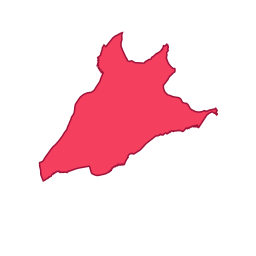 Nong Ki, Buri Ram, Thailand, rotated 34°
{"feature_id": "78962969B963450613013", "entity_name": "Nong Ki", "entity_type": "district", "adm_level": 2, "iso_a3": "THA", "parent_name": "Thailand", "parent_adm1": "Buri Ram", "projection": "equal_earth", "projection_center": [102.596, 14.712], "detail": "fine", "context": "isolated", "style": "filled", "palette": "rose", "viewbox_px": 256, "rotation_deg": 34, "n_neighbors": 0, "source": "geoboundaries", "source_scale": "gbopen_adm2", "svg_char_len": 5660}
<svg xmlns="http://www.w3.org/2000/svg" viewBox="0 0 256 256"><g transform="rotate(34 128 128)"><path d="M70.1,52.1L68.7,53.9L67.8,55.8L66.1,58.8L65.1,61.6L64.2,72.9L63.9,72.8L62.7,72.8L61.7,72.6L61.9,75.9L62.7,77.2L63.8,81.3L64.1,82.2L64.6,82.7L64.1,84.8L63.6,86.0L63.6,86.7L64.2,86.6L64.4,87.2L64.8,87.1L65.0,87.2L65.0,87.8L65.4,88.1L65.3,88.7L65.8,88.6L65.7,89.0L65.9,89.2L66.1,89.6L66.5,89.8L66.4,90.3L66.5,90.5L67.0,90.6L67.0,91.8L67.3,91.7L67.5,92.8L67.7,92.4L67.8,92.3L68.0,92.6L68.4,92.7L68.2,93.1L68.8,93.6L69.3,94.4L70.0,94.8L70.5,94.4L70.9,94.3L71.0,94.4L70.9,95.1L71.1,95.2L71.6,95.4L71.9,95.7L72.6,95.3L72.6,95.8L73.0,95.8L73.3,96.2L74.4,96.0L74.6,96.1L74.8,96.8L74.9,96.7L74.8,96.3L75.2,96.2L75.3,95.7L76.1,95.9L76.3,96.6L76.6,96.4L76.7,96.5L76.6,96.9L77.1,98.9L77.5,101.0L78.6,105.2L78.7,107.9L78.7,111.6L78.9,114.9L78.6,116.6L77.7,118.8L74.6,121.7L73.1,124.0L72.4,125.1L71.7,127.2L71.2,129.1L71.1,130.3L71.1,136.2L71.2,137.7L71.9,139.6L74.1,143.8L74.9,145.8L75.1,147.1L75.2,150.8L76.0,153.2L76.4,156.0L76.8,157.4L77.2,160.3L77.8,162.5L78.1,163.2L77.9,167.6L78.1,171.5L77.8,177.8L77.2,182.2L76.4,185.4L76.1,188.4L75.9,195.5L75.8,197.4L75.8,199.7L76.1,202.7L75.2,204.7L74.1,206.0L74.5,206.9L76.2,209.1L79.0,211.6L81.7,215.3L84.6,217.4L87.3,219.2L87.4,218.9L87.8,218.6L87.9,218.0L88.1,217.9L88.5,216.9L88.6,216.0L89.2,215.5L89.2,215.1L89.6,214.6L89.7,214.2L89.9,214.0L89.8,213.6L90.1,212.8L90.0,212.6L90.3,212.4L90.2,212.1L91.2,211.2L91.1,210.8L91.2,210.4L91.0,209.5L91.1,209.2L91.0,208.6L91.3,207.7L91.6,207.8L91.5,207.3L91.8,206.8L92.4,206.7L92.8,204.7L93.2,204.6L93.3,204.0L94.5,202.7L94.8,202.8L95.1,202.5L95.7,202.9L96.1,202.6L96.3,202.8L96.9,202.4L97.2,202.4L97.5,201.8L98.4,201.6L99.0,200.8L99.2,200.7L99.4,200.8L100.7,199.5L101.0,199.5L102.4,198.9L102.7,198.1L102.7,197.0L103.5,196.6L106.8,192.0L109.2,189.1L111.5,186.8L113.1,185.3L116.8,181.7L117.4,181.4L118.3,181.9L121.8,184.9L123.0,185.7L124.1,185.9L126.2,185.6L128.4,184.9L129.6,184.2L133.3,180.4L135.2,178.2L136.2,176.1L136.9,175.5L136.9,175.1L136.8,174.9L136.9,174.7L136.7,174.3L136.8,174.1L137.1,174.2L137.3,173.8L137.1,173.4L137.5,173.3L137.6,173.0L137.5,172.8L137.7,172.6L137.3,172.3L137.4,171.8L137.6,171.7L137.6,171.3L137.5,171.0L137.5,170.2L137.3,170.1L137.6,169.7L137.9,168.1L138.2,168.1L138.5,167.3L138.8,167.0L138.7,166.7L139.2,166.8L139.2,166.0L139.5,165.9L139.7,165.3L140.3,165.3L140.4,165.1L140.5,164.5L140.3,164.0L140.8,164.2L141.1,163.9L141.1,163.3L141.5,163.5L142.0,163.1L142.1,162.9L142.8,162.8L142.9,162.5L142.6,162.2L143.0,161.7L142.9,161.4L143.4,161.2L144.2,161.6L144.5,161.3L144.6,160.6L145.0,160.7L145.3,160.0L145.3,159.8L145.1,159.5L144.7,157.5L144.4,154.8L144.4,153.1L144.5,152.4L144.0,152.3L143.6,149.9L144.3,148.0L144.5,147.6L145.6,147.2L145.6,146.6L147.3,146.4L150.2,139.8L150.8,137.1L151.7,130.8L155.4,119.3L155.6,119.2L155.7,118.9L157.6,117.3L157.7,116.9L158.2,116.1L158.1,115.2L158.5,115.0L158.7,115.3L159.1,115.2L159.3,114.9L159.7,114.9L160.4,114.4L160.9,114.3L161.0,113.7L161.1,113.2L161.4,112.8L161.5,112.0L162.3,110.8L162.9,110.8L163.3,111.1L163.8,110.8L163.7,110.5L164.0,110.4L164.3,109.7L164.3,109.3L164.7,108.8L164.8,108.4L164.6,108.0L165.1,108.0L165.0,107.6L165.3,107.5L165.3,106.9L165.7,106.3L165.7,106.0L166.6,105.6L167.2,105.7L167.5,105.6L167.7,105.4L167.6,105.0L168.0,104.8L168.2,104.4L168.6,104.3L168.9,103.8L170.3,102.9L170.4,102.4L171.2,101.8L171.8,101.8L172.1,101.2L172.5,101.1L172.5,100.9L173.8,100.6L174.3,100.4L174.9,100.5L175.0,100.1L175.5,99.9L175.7,99.6L175.7,99.1L175.9,98.8L175.8,98.2L176.1,97.4L176.1,96.7L176.0,96.2L176.4,96.1L176.3,95.8L176.9,95.2L177.3,95.1L177.4,94.7L177.6,94.7L177.7,94.9L177.8,95.0L178.0,94.6L178.0,94.2L178.3,93.9L178.6,94.0L178.5,93.5L178.9,93.2L179.1,92.5L179.3,92.5L179.4,92.1L179.7,92.0L179.7,91.7L180.0,91.5L180.1,91.1L180.1,90.6L180.6,89.9L181.4,90.1L181.4,90.5L181.5,90.5L181.8,89.9L182.2,89.8L182.1,88.8L182.4,88.7L182.5,88.5L183.0,88.0L183.2,88.4L183.3,87.8L183.5,88.0L183.6,87.8L183.9,87.6L184.1,87.9L184.2,87.3L184.5,87.7L184.7,87.3L184.8,87.3L185.1,87.6L185.1,87.9L185.4,88.0L185.4,88.3L185.7,88.3L185.8,88.1L186.2,88.2L186.3,88.0L186.1,73.6L186.5,71.8L187.1,70.3L188.1,68.4L189.0,67.6L189.5,67.4L191.2,67.5L192.2,67.1L194.2,67.6L194.3,66.5L192.2,65.8L192.2,64.5L191.9,64.4L192.1,63.7L189.7,62.6L189.3,63.7L185.6,67.5L183.4,70.7L182.6,70.6L181.7,70.8L180.2,73.1L177.7,75.3L175.6,76.3L174.2,76.8L170.0,77.3L168.5,77.0L164.7,75.1L163.2,74.9L162.7,74.9L161.0,75.8L159.0,76.3L157.4,75.6L155.9,74.6L154.1,74.3L152.6,74.7L148.8,76.5L147.0,77.1L143.8,77.8L142.8,78.3L140.0,77.9L137.7,77.2L135.0,75.0L133.4,72.7L133.8,69.1L133.8,67.5L134.0,65.4L133.8,65.2L133.6,62.4L134.6,57.6L134.8,56.6L135.4,55.2L134.4,53.4L133.8,52.7L133.4,52.6L132.3,53.4L129.6,53.2L127.8,52.7L125.6,51.9L124.0,51.0L121.4,49.1L120.8,48.6L120.2,47.6L119.9,46.9L119.7,46.2L119.4,45.6L118.4,44.7L118.0,44.1L117.9,43.0L118.0,41.9L118.0,41.3L117.7,40.9L116.7,40.4L116.5,38.9L116.2,38.5L115.8,38.0L115.3,38.0L115.2,37.6L114.6,37.0L114.0,37.1L113.3,36.8L113.1,38.4L112.9,38.4L112.7,39.5L111.4,39.9L111.9,41.3L112.5,43.8L112.0,44.0L112.1,46.0L111.6,47.0L111.3,48.1L110.7,49.8L110.3,49.7L109.7,51.4L109.1,54.0L108.6,55.3L108.3,55.6L108.3,56.4L108.2,56.9L108.5,57.4L108.4,58.1L108.1,58.7L107.6,59.1L107.2,59.2L106.9,59.7L106.9,60.0L106.5,60.6L106.4,61.2L106.1,61.8L105.7,62.1L105.5,62.9L105.5,63.2L105.2,63.5L105.3,63.8L105.1,64.8L104.9,65.2L104.4,65.8L102.0,67.0L99.7,68.5L97.7,69.7L96.6,70.0L94.2,70.1L93.3,70.4L91.9,72.0L91.2,72.3L90.6,72.4L89.6,72.3L88.9,71.6L85.9,70.2L84.0,69.0L80.4,66.9L77.0,64.5L76.0,63.5L74.6,61.3L73.5,58.1L71.8,55.7L71.0,54.9L70.4,53.4L70.1,52.1Z" fill="#f43f5e" stroke="#9f1239" stroke-width="1.5"/></g></svg>